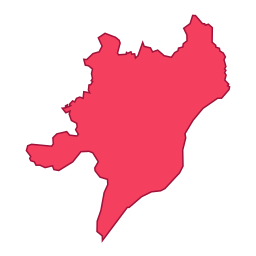 Malaka, Nusa Tenggara Timur, Indonesia
{"feature_id": "22746128B56140662064287", "entity_name": "Malaka", "entity_type": "district", "adm_level": 2, "iso_a3": "IDN", "parent_name": "Indonesia", "parent_adm1": "Nusa Tenggara Timur", "projection": "orthographic", "projection_center": [124.848, -9.546], "detail": "medium", "context": "isolated", "style": "filled", "palette": "rose", "viewbox_px": 256, "rotation_deg": 0, "n_neighbors": 0, "source": "geoboundaries", "source_scale": "gbopen_adm2", "svg_char_len": 1749}
<svg xmlns="http://www.w3.org/2000/svg" viewBox="0 0 256 256"><path d="M105.0,33.3L98.3,37.8L102.1,46.1L99.2,51.8L93.0,53.6L86.7,59.6L83.8,59.3L85.3,65.2L88.4,65.7L92.5,69.1L91.5,73.6L92.5,78.6L91.2,80.7L92.7,81.5L90.7,84.8L89.0,84.9L88.4,90.0L89.7,92.8L83.8,91.7L83.1,98.3L79.8,97.1L76.5,98.4L74.7,101.9L72.6,100.9L69.8,103.9L69.3,104.9L70.7,105.5L69.5,106.4L67.1,107.1L67.3,104.9L65.5,105.9L65.6,107.8L62.2,108.2L65.8,112.8L70.0,111.1L69.2,114.1L71.4,120.5L76.7,123.3L77.2,126.8L75.6,129.7L78.4,134.3L76.9,136.0L69.5,135.1L66.7,131.6L56.8,133.9L52.9,137.8L53.3,144.0L51.6,146.2L31.6,144.3L27.7,145.8L26.4,150.6L30.8,156.5L29.7,158.4L30.8,160.7L34.4,161.9L36.0,165.2L40.0,165.2L45.1,167.6L52.5,165.8L53.9,169.6L58.8,170.5L72.7,161.9L80.9,151.7L89.0,151.3L92.8,152.8L98.3,161.7L94.8,167.9L95.1,170.8L100.0,177.1L107.5,179.4L107.8,184.6L104.2,192.5L100.9,210.5L97.2,221.2L97.0,231.5L102.3,235.9L102.4,240.6L127.3,207.4L129.1,207.4L141.5,196.7L151.5,191.8L160.6,190.8L164.9,188.6L179.6,172.8L183.0,166.1L182.7,150.0L185.7,138.0L185.0,133.6L193.0,120.3L202.9,108.4L217.7,98.2L221.6,98.2L229.0,89.6L229.6,86.8L227.6,85.8L228.7,84.2L224.8,80.1L226.1,75.1L224.6,72.7L225.9,70.3L224.5,68.9L225.9,66.6L224.0,59.7L225.4,56.9L223.2,53.0L219.9,51.0L219.4,48.3L215.8,47.1L215.7,45.3L212.1,42.2L212.3,27.6L208.4,24.2L205.3,25.2L204.6,23.7L202.5,23.7L195.5,15.6L192.7,15.4L190.1,23.6L183.7,28.3L186.9,34.9L187.0,40.9L183.3,43.7L182.8,47.0L178.5,48.1L178.0,50.7L174.6,52.7L171.4,57.3L164.1,55.7L157.7,50.1L152.6,51.9L150.5,47.9L144.2,46.4L142.7,42.4L138.0,55.7L135.5,58.0L134.6,53.8L131.9,54.2L130.9,51.8L127.7,53.3L126.5,52.4L126.0,54.3L118.5,54.8L117.5,53.1L120.1,43.1L119.1,40.2L115.5,37.3L105.0,33.3Z" fill="#f43f5e" stroke="#9f1239" stroke-width="1.5"/></svg>